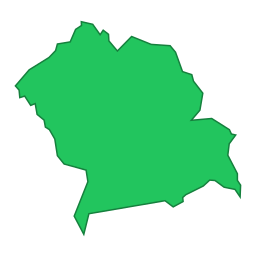 the district of Konche, Konče, North Macedonia
{"feature_id": "65306769B3097110342626", "entity_name": "Konche", "entity_type": "district", "adm_level": 2, "iso_a3": "MKD", "parent_name": "North Macedonia", "parent_adm1": "Konče", "projection": "mercator", "projection_center": [22.397, 41.52], "detail": "fine", "context": "isolated", "style": "filled", "palette": "green", "viewbox_px": 256, "rotation_deg": 0, "n_neighbors": 0, "source": "geoboundaries", "source_scale": "gbopen_adm2", "svg_char_len": 834}
<svg xmlns="http://www.w3.org/2000/svg" viewBox="0 0 256 256"><path d="M83.8,234.3L88.9,213.7L165.0,200.7L173.2,206.9L183.1,201.5L182.7,197.5L185.8,194.7L203.3,186.0L209.7,180.1L215.0,180.5L224.1,187.2L235.0,189.4L240.1,196.9L240.6,185.2L237.4,180.4L237.4,173.7L227.8,155.2L229.2,143.8L235.7,135.0L231.4,134.0L229.4,129.7L211.7,118.5L191.3,120.3L199.9,110.2L202.8,93.2L193.5,81.2L191.8,74.7L182.5,71.6L175.5,52.2L170.1,45.7L151.2,44.4L131.6,36.5L117.4,51.0L108.9,40.9L108.5,34.3L103.2,30.2L100.1,34.7L92.7,24.3L81.3,21.7L81.5,25.5L75.6,29.4L70.2,41.9L57.4,44.0L55.6,50.6L49.0,57.5L29.2,69.8L15.4,85.9L19.1,90.1L19.8,97.6L24.7,96.1L30.7,105.4L35.2,103.6L37.1,114.4L44.1,120.1L45.4,127.1L49.4,129.6L54.8,139.0L57.4,155.7L64.1,164.0L86.1,170.1L87.9,181.7L74.2,216.1L83.8,234.3Z" fill="#22c55e" stroke="#15803d" stroke-width="1.5"/></svg>